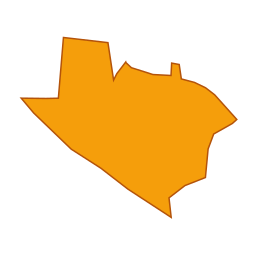 outline of Gangseo-gu, Seoul, South Korea, rotated 183°
{"feature_id": "91817680B75936691302089", "entity_name": "Gangseo-gu", "entity_type": "district", "adm_level": 2, "iso_a3": "KOR", "parent_name": "South Korea", "parent_adm1": "Seoul", "projection": "mercator", "projection_center": [126.819, 37.555], "detail": "fine", "context": "isolated", "style": "filled", "palette": "amber", "viewbox_px": 256, "rotation_deg": 183, "n_neighbors": 0, "source": "geoboundaries", "source_scale": "gbopen_adm2", "svg_char_len": 531}
<svg xmlns="http://www.w3.org/2000/svg" viewBox="0 0 256 256"><g transform="rotate(183 128 128)"><path d="M48.1,82.6L46.9,111.3L42.1,126.5L24.0,138.0L19.8,142.2L43.1,165.6L52.6,172.2L64.0,177.0L77.3,179.8L80.2,194.1L87.8,195.1L87.8,182.7L95.4,182.7L105.9,182.7L127.8,188.4L133.5,193.2L133.7,193.8L142.0,181.7L144.9,175.1L152.5,212.2L197.2,215.0L199.1,154.1L211.5,153.2L236.2,152.2L222.9,138.0L183.6,103.9L153.1,86.5L124.8,66.9L80.2,41.0L83.4,60.4L68.1,73.5L48.1,82.6Z" fill="#f59e0b" stroke="#b45309" stroke-width="1.5"/></g></svg>